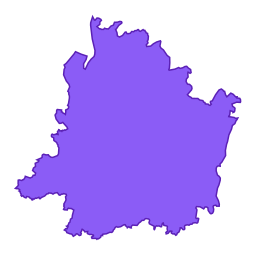 outline of Vavatenina, Analanjirofo, Madagascar
{"feature_id": "10022922B54073545298219", "entity_name": "Vavatenina", "entity_type": "district", "adm_level": 2, "iso_a3": "MDG", "parent_name": "Madagascar", "parent_adm1": "Analanjirofo", "projection": "albers", "projection_center": [49.007, -17.472], "detail": "fine", "context": "isolated", "style": "filled", "palette": "violet", "viewbox_px": 256, "rotation_deg": 0, "n_neighbors": 0, "source": "geoboundaries", "source_scale": "gbopen_adm2", "svg_char_len": 5761}
<svg xmlns="http://www.w3.org/2000/svg" viewBox="0 0 256 256"><path d="M225.6,155.6L225.4,150.4L226.6,144.2L227.5,141.7L228.9,134.9L231.5,129.2L232.4,125.5L234.9,123.6L236.1,120.6L236.9,119.8L237.8,118.0L235.7,118.4L234.3,117.5L228.7,116.6L228.8,116.2L229.7,115.0L230.2,110.7L233.1,111.6L233.0,112.5L234.1,112.1L234.7,111.1L235.0,108.3L234.5,107.6L232.6,106.3L232.0,104.0L236.6,102.2L240.3,102.4L240.6,101.8L240.5,99.7L239.8,98.4L236.8,97.9L237.1,96.8L235.7,96.9L233.2,94.3L230.8,93.1L226.9,96.8L225.6,94.9L224.6,91.3L223.8,91.3L222.8,90.0L221.3,89.0L219.0,90.0L215.6,94.7L212.3,100.8L210.5,101.4L210.4,102.8L211.3,104.2L210.0,105.4L209.1,105.1L208.3,104.2L205.3,103.9L204.9,102.5L203.6,102.1L202.9,100.6L199.7,100.0L197.9,98.5L192.0,98.4L191.1,97.4L188.8,96.2L187.4,94.7L191.5,89.9L192.0,88.4L191.6,86.3L189.6,84.4L187.5,84.1L186.1,81.6L186.4,79.1L188.1,77.0L187.8,73.3L188.1,72.2L190.1,73.3L191.1,72.6L190.6,69.5L188.3,68.0L186.7,66.3L185.0,66.5L182.7,67.8L180.1,68.4L178.7,67.5L175.0,69.1L169.2,70.2L168.8,69.7L169.4,68.1L169.8,62.9L169.7,57.4L167.1,55.4L163.4,49.9L161.0,48.1L159.9,46.1L160.8,41.5L160.4,40.8L156.6,42.0L153.4,43.8L150.7,46.1L146.7,46.5L146.3,44.8L148.0,42.9L147.3,41.2L148.1,39.8L148.4,36.1L147.7,35.1L147.6,33.4L146.1,32.8L145.7,31.6L145.1,31.2L144.9,30.4L143.6,30.2L143.1,29.6L140.2,31.4L139.3,31.0L138.5,29.6L137.8,29.6L136.5,30.6L134.9,30.6L133.7,31.7L131.7,31.5L130.3,33.3L128.1,33.7L126.9,33.6L126.2,32.1L125.2,32.1L122.5,35.5L119.5,37.0L117.4,35.9L117.0,32.7L115.6,29.4L116.1,29.3L118.7,25.4L121.7,23.2L121.9,22.6L121.5,21.7L119.9,21.4L117.4,22.2L114.5,22.3L113.4,25.1L110.9,26.1L108.4,28.9L106.2,28.8L104.5,28.2L103.6,29.4L101.3,29.4L100.8,28.9L99.4,28.8L96.9,26.6L99.8,24.4L99.9,21.9L101.4,20.4L100.9,19.4L98.8,18.2L97.0,18.0L95.2,20.1L94.4,20.1L92.6,16.7L90.7,22.7L90.6,25.1L92.3,39.1L95.0,50.5L94.8,54.0L94.1,56.5L91.1,59.2L88.4,62.7L85.3,69.2L83.7,68.3L83.6,63.8L86.1,59.5L87.0,56.1L81.2,54.2L75.5,51.7L74.0,54.0L66.2,63.4L64.1,65.0L65.1,67.3L64.1,69.5L63.6,74.8L66.3,81.0L69.0,84.4L69.7,86.9L67.8,91.3L68.5,92.0L68.9,92.9L68.7,93.9L69.4,96.0L69.4,98.0L68.5,103.6L67.6,105.5L68.5,106.1L68.7,107.0L68.4,108.3L67.2,109.4L66.1,109.6L65.6,110.2L65.8,111.7L65.4,114.4L64.6,113.7L63.1,113.2L62.5,112.1L61.4,111.9L61.6,110.0L57.3,109.5L56.7,110.2L56.5,113.2L55.3,114.5L55.1,115.3L56.1,119.0L59.3,123.4L60.9,123.3L62.8,122.4L67.1,127.2L67.7,128.8L65.3,130.2L64.6,129.9L63.7,130.5L62.5,130.3L61.9,131.3L61.4,130.7L59.9,131.0L59.4,129.9L58.7,129.7L58.7,130.4L57.5,131.4L57.8,133.3L57.2,133.5L58.0,134.0L58.1,134.5L56.3,134.2L53.5,134.7L52.2,134.1L51.5,134.9L51.4,136.1L51.7,136.8L53.6,137.7L53.9,140.5L56.7,142.5L57.2,144.0L57.9,144.7L58.0,146.3L58.9,147.8L58.5,153.9L57.5,155.6L52.8,157.4L50.9,157.2L48.8,155.6L48.4,154.8L46.0,154.9L43.7,154.2L42.5,154.8L42.1,155.8L42.1,157.3L41.6,157.8L37.0,159.8L38.8,160.6L38.5,161.7L35.2,163.3L35.5,166.5L33.5,168.0L32.6,170.5L35.6,173.1L34.9,175.3L33.2,175.2L32.3,177.0L30.1,178.0L25.3,176.3L25.0,177.6L23.6,179.6L22.8,179.7L21.8,180.5L19.2,179.9L18.2,180.2L18.1,184.0L18.5,184.9L17.9,185.9L15.4,188.4L17.1,188.8L17.9,188.5L19.7,189.7L19.6,190.6L19.0,191.0L20.2,191.7L20.2,192.7L21.2,194.1L20.9,195.2L21.7,196.3L22.9,195.7L24.3,197.3L26.0,197.9L26.7,196.5L29.0,196.9L29.7,197.9L30.9,198.4L32.1,200.0L32.8,199.8L33.0,198.8L34.2,199.1L35.4,198.1L36.4,198.3L38.9,197.3L39.5,198.6L40.2,198.7L41.4,197.5L44.7,196.0L46.8,193.9L48.1,193.8L48.6,193.0L51.4,193.2L53.0,194.1L54.6,193.1L57.3,192.6L59.1,195.0L60.0,195.2L61.6,194.1L62.9,194.1L63.6,193.6L66.2,194.3L66.5,195.5L65.5,196.8L66.0,199.5L65.6,200.9L63.8,204.1L64.2,205.0L63.7,206.0L64.5,207.5L63.5,209.3L64.2,209.8L67.3,210.0L67.9,208.5L68.4,208.2L70.2,208.6L71.0,208.4L73.8,210.0L72.4,215.2L72.1,218.0L70.5,219.2L69.9,222.2L68.9,222.9L68.2,225.1L67.5,225.5L67.9,226.4L66.7,226.4L67.6,227.4L67.0,228.8L65.7,228.7L64.3,230.0L66.4,231.2L66.8,232.6L69.9,233.8L71.8,234.1L73.3,236.3L75.7,234.8L76.3,233.8L77.4,233.9L79.3,235.5L80.7,235.2L81.3,233.6L80.6,232.4L81.4,231.5L82.0,229.3L82.4,229.3L84.1,230.7L84.8,231.9L87.7,231.5L87.3,233.3L87.6,233.7L89.6,234.5L91.2,234.4L93.4,235.1L93.5,235.9L91.5,237.1L92.0,238.4L96.0,238.4L96.9,239.3L97.6,238.6L98.5,238.8L100.6,237.3L101.1,235.6L102.6,235.6L102.4,234.7L102.8,234.2L106.4,233.8L109.8,232.3L111.8,232.4L112.8,231.5L113.4,230.0L114.6,228.8L114.9,227.8L116.3,226.6L117.8,227.2L120.7,226.7L123.8,224.8L125.0,224.6L125.4,224.9L125.4,225.7L126.8,226.6L127.3,227.8L128.8,226.7L130.2,227.8L131.3,227.9L131.1,226.7L132.5,225.1L137.1,225.4L139.2,222.7L140.4,222.0L141.9,220.4L143.8,220.3L145.3,218.7L146.1,218.6L148.7,219.0L149.4,219.7L149.6,220.7L149.0,222.4L149.4,223.8L154.1,226.2L153.9,229.0L154.3,229.6L154.7,229.2L155.4,226.9L156.4,225.8L157.5,226.1L159.1,225.9L160.5,226.7L161.5,226.7L162.4,223.4L163.2,223.0L163.9,225.4L166.9,226.0L167.4,226.6L167.1,228.7L167.6,231.0L165.9,232.4L166.2,233.9L168.1,233.3L169.9,231.1L171.2,231.1L171.8,231.3L171.2,232.2L171.4,233.1L173.0,234.0L174.4,233.8L175.8,235.3L176.7,234.7L177.3,233.1L178.9,232.1L180.0,229.5L180.2,227.8L181.3,227.8L183.0,229.6L184.0,229.7L184.8,228.9L184.5,226.3L185.1,225.4L187.2,224.8L189.1,225.2L190.4,224.2L192.0,224.2L193.0,223.0L195.3,222.7L197.0,223.1L197.8,222.5L198.7,218.8L198.0,218.2L196.3,218.5L195.8,217.7L196.9,210.3L196.8,209.4L195.8,208.0L196.5,206.6L200.1,206.8L203.7,208.9L205.0,207.0L206.6,207.0L207.9,207.8L208.2,210.5L210.1,213.3L211.0,213.8L212.5,213.2L213.4,211.6L213.7,209.2L213.1,206.7L213.5,205.7L215.5,205.2L216.1,205.3L216.5,206.2L219.2,206.2L219.3,204.2L218.4,200.7L216.1,196.0L217.5,188.1L218.9,185.0L220.2,180.3L220.3,178.1L219.2,176.4L217.5,175.1L216.2,171.0L216.2,168.4L216.6,167.2L217.3,166.3L218.4,165.9L220.2,166.2L220.0,164.0L221.8,162.2L225.6,155.6Z" fill="#8b5cf6" stroke="#5b21b6" stroke-width="1.5"/></svg>